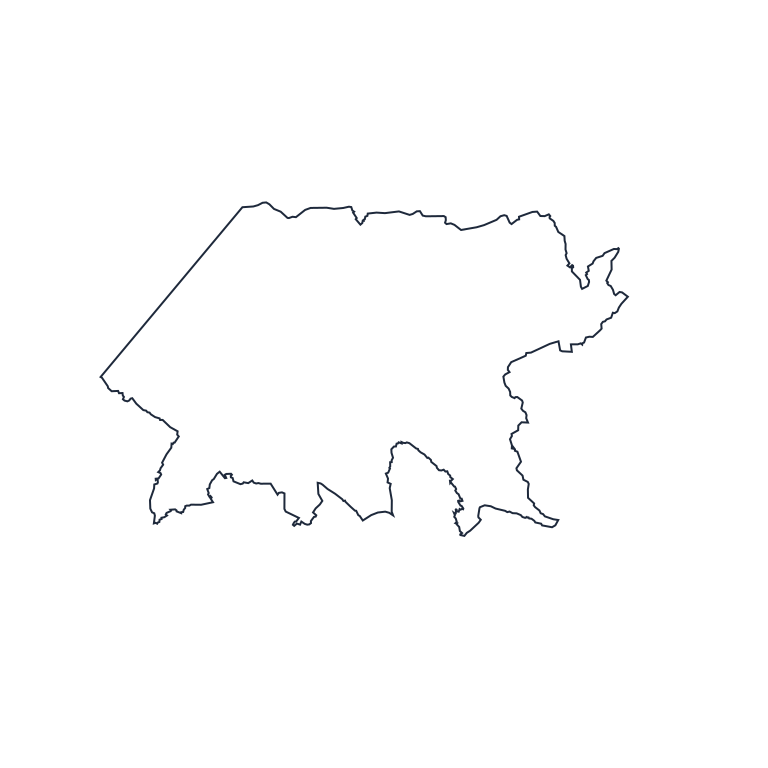 outline of Koinadugu, Northern, Sierra Leone, rotated 310°
{"feature_id": "65957751B98964407864499", "entity_name": "Koinadugu", "entity_type": "district", "adm_level": 2, "iso_a3": "SLE", "parent_name": "Sierra Leone", "parent_adm1": "Northern", "projection": "albers", "projection_center": [-11.318, 9.329], "detail": "fine", "context": "isolated", "style": "outline", "palette": "slate", "viewbox_px": 768, "rotation_deg": 310, "n_neighbors": 0, "source": "geoboundaries", "source_scale": "gbopen_adm2", "svg_char_len": 6154}
<svg xmlns="http://www.w3.org/2000/svg" viewBox="0 0 768 768"><g transform="rotate(310 384 384)"><path d="M635.8,478.5L638.6,477.0L638.7,476.2L637.1,475.8L635.2,473.3L626.0,468.8L622.7,469.1L617.0,465.5L612.7,465.6L610.4,466.4L605.1,464.7L602.3,468.1L599.3,467.3L598.7,468.9L597.1,468.6L595.3,472.6L595.4,474.0L594.0,475.5L590.1,477.1L584.2,474.6L585.1,472.3L589.8,467.2L591.0,455.6L593.5,453.4L595.0,453.9L596.1,452.8L596.0,451.7L592.9,451.5L592.6,448.4L595.6,448.5L597.3,443.4L599.5,440.3L601.6,439.8L603.7,436.6L608.0,433.1L609.8,430.4L613.3,427.1L612.5,419.8L615.0,414.8L615.0,413.1L617.1,411.2L617.8,408.9L617.4,404.5L618.3,403.5L619.5,403.4L619.9,401.2L615.9,399.2L613.2,395.8L614.5,390.5L611.2,387.1L598.9,379.9L597.0,381.7L595.3,380.4L588.5,378.9L588.4,376.5L591.6,369.9L590.6,367.6L587.4,365.4L582.1,364.7L570.0,358.5L563.6,354.2L551.5,344.0L551.2,335.7L550.0,331.9L546.7,329.1L546.8,327.1L549.2,326.1L551.4,324.0L551.1,321.9L539.4,308.3L537.9,305.4L539.5,300.4L537.3,298.1L532.7,296.7L530.0,294.9L525.8,284.5L515.5,274.9L510.5,268.1L504.1,262.0L502.1,263.2L500.2,262.1L497.8,263.4L496.7,262.8L496.0,263.6L495.3,262.8L493.4,263.9L490.9,263.5L492.1,256.4L493.6,256.4L495.4,250.2L496.8,250.4L496.6,248.2L498.5,245.2L497.3,243.2L492.6,239.6L486.0,233.1L482.2,226.8L471.7,214.6L466.7,211.7L455.2,209.3L453.3,206.4L450.0,204.5L449.2,203.3L449.6,194.1L447.4,187.2L448.0,180.7L447.4,177.1L444.8,174.5L440.0,172.5L436.0,169.8L428.4,161.9L207.2,162.4L207.5,163.9L204.7,173.9L203.6,175.2L203.4,180.0L207.8,184.8L206.6,186.9L209.0,189.5L207.3,191.3L206.9,193.1L204.5,193.8L204.5,195.9L205.8,198.6L207.6,199.4L209.9,199.3L211.3,200.3L209.7,206.9L209.3,216.4L210.7,218.9L210.3,220.9L211.4,222.8L210.9,224.8L211.5,229.9L213.4,234.2L212.5,235.6L214.2,237.5L213.5,248.0L215.1,256.3L212.3,258.1L211.9,260.5L204.5,261.3L203.8,260.5L202.3,260.8L201.8,259.6L198.5,262.0L190.3,262.6L181.1,264.6L180.2,266.7L175.8,267.0L173.8,267.9L171.4,267.7L172.1,270.1L171.4,271.5L166.8,272.0L164.7,270.0L163.8,270.9L165.2,271.3L165.0,272.3L163.3,274.0L162.1,274.4L159.4,272.6L156.2,275.0L144.6,279.4L138.3,285.1L136.6,288.8L137.3,291.1L135.9,293.1L129.3,297.3L130.8,298.2L131.2,300.0L132.3,299.7L133.9,300.6L135.8,299.3L137.6,300.4L138.5,299.5L140.7,301.3L143.8,302.3L143.8,300.7L145.5,300.3L149.5,302.3L150.4,302.2L150.5,301.3L153.7,304.6L153.8,306.3L153.1,307.0L154.7,311.7L155.5,311.1L156.9,312.4L159.0,311.4L161.2,311.4L162.6,310.3L164.0,311.0L165.8,313.1L167.5,313.7L173.9,321.5L183.5,329.0L184.7,325.2L186.3,324.9L186.6,323.1L185.3,323.1L186.3,320.2L187.8,319.8L189.9,316.1L192.0,317.1L195.1,315.1L199.8,314.2L201.8,314.7L207.8,313.8L211.2,314.5L209.6,322.7L210.6,323.5L212.1,320.4L213.7,321.0L216.9,324.5L216.7,325.8L215.1,325.7L214.1,326.7L214.7,328.5L212.7,331.3L215.0,338.4L216.9,339.8L218.5,339.7L220.8,343.7L225.4,345.1L224.7,347.6L225.6,350.0L227.4,351.5L228.4,353.7L234.8,361.2L230.8,373.6L233.0,373.4L235.4,375.5L236.2,378.1L224.3,388.0L223.1,390.7L226.7,404.9L222.3,405.1L221.2,404.1L219.1,404.3L217.6,404.7L217.6,406.4L221.1,407.0L222.3,410.1L225.5,409.1L225.9,413.2L226.9,415.6L228.4,417.0L230.5,417.5L232.0,416.1L237.2,415.8L238.5,416.9L239.9,416.5L240.0,412.2L244.8,411.6L250.4,412.3L254.8,411.9L257.6,404.4L265.7,396.7L267.1,399.4L267.4,401.7L267.3,408.2L268.5,417.1L268.9,426.1L268.3,428.1L269.6,429.1L269.0,430.2L268.5,437.4L268.3,443.2L269.0,444.2L267.0,448.6L267.3,450.3L265.8,455.5L275.4,458.5L281.6,461.9L287.0,467.0L288.7,470.8L289.2,475.4L291.1,472.0L300.0,464.7L307.9,455.3L311.8,453.3L310.9,450.0L314.1,447.9L316.6,443.0L318.8,444.2L323.1,442.9L323.2,442.0L324.9,441.7L328.0,439.0L329.1,440.1L330.5,438.9L333.3,438.3L336.1,434.0L338.7,431.6L342.5,431.8L343.8,433.3L346.4,432.0L347.5,432.9L348.7,432.7L349.8,435.7L350.8,434.7L351.3,436.6L352.5,438.4L353.9,439.0L355.0,441.5L355.3,450.2L356.1,451.7L355.3,452.9L355.2,456.0L356.0,460.3L355.2,464.7L356.1,465.3L356.0,468.7L354.7,470.3L354.9,477.0L353.8,478.4L353.3,481.5L354.6,483.5L356.7,484.8L356.4,487.3L357.8,488.6L356.3,491.1L356.4,493.5L355.3,494.6L355.4,497.8L353.1,497.6L352.3,496.7L350.7,498.4L351.6,498.4L350.6,503.6L351.0,504.4L349.9,506.8L348.2,507.1L347.3,509.9L347.5,512.0L345.3,516.2L346.1,517.2L344.9,519.2L343.2,517.9L343.0,516.5L342.2,515.9L341.4,516.6L340.0,520.8L340.5,521.7L339.6,524.8L338.9,525.1L338.5,524.0L337.0,523.5L336.8,522.3L334.2,523.3L333.2,521.5L334.4,520.4L334.1,519.0L333.8,520.1L330.9,522.2L330.3,522.0L330.2,520.5L329.1,522.6L327.4,523.2L327.1,525.4L325.2,528.3L323.5,528.2L324.3,529.6L323.3,529.7L322.8,533.5L320.1,536.7L320.0,539.6L317.8,539.1L317.4,539.6L319.3,543.2L323.2,543.1L327.0,544.3L338.6,545.7L342.2,545.4L342.5,542.1L343.5,541.0L350.2,537.0L351.3,536.7L355.8,539.1L359.0,544.4L360.3,549.5L364.7,558.3L365.1,560.8L367.0,562.2L367.7,565.5L370.2,568.8L371.5,573.1L371.1,575.5L372.2,578.2L373.9,578.8L373.7,579.6L374.7,580.5L374.3,581.6L375.6,583.6L375.8,587.1L375.2,588.9L378.0,594.2L377.3,596.0L382.3,604.8L385.9,606.1L391.8,604.9L389.2,600.6L386.0,592.3L386.6,589.5L385.7,587.1L387.0,584.4L386.8,578.9L387.3,576.7L389.0,575.8L389.4,567.5L395.7,562.0L400.5,559.1L401.4,557.1L400.3,552.3L402.9,549.0L403.3,541.3L404.6,539.6L412.5,538.9L417.9,529.7L417.0,527.2L418.1,526.4L418.8,523.3L417.5,524.6L416.8,523.3L419.2,521.5L422.7,516.0L426.4,515.4L427.7,513.8L434.8,516.5L438.5,513.6L443.1,514.0L447.0,519.1L449.2,514.9L451.8,513.2L453.2,510.5L452.8,507.7L453.4,505.0L459.0,502.2L460.1,500.4L459.7,494.5L458.4,493.1L457.1,493.1L456.2,490.1L456.4,488.1L459.0,485.7L460.6,482.4L460.8,478.4L462.5,475.3L466.4,470.7L469.2,470.7L473.8,472.5L474.4,469.8L476.6,468.1L482.5,467.4L496.8,474.4L499.2,473.1L502.5,476.4L521.3,485.2L528.9,490.2L523.0,497.3L523.6,499.5L529.4,507.2L534.5,501.7L539.0,507.0L541.5,508.5L541.6,510.5L542.7,509.8L544.4,510.6L549.4,508.8L552.2,510.9L554.3,513.7L564.1,515.0L566.3,515.1L569.5,511.9L572.3,511.7L574.1,513.0L576.5,513.0L580.8,515.4L585.7,513.5L586.6,515.2L589.6,516.1L593.5,514.8L598.1,514.3L607.6,514.7L607.2,507.5L605.9,505.3L600.9,504.4L600.9,502.4L603.3,498.9L604.8,494.7L604.1,492.3L604.8,490.1L605.9,490.1L606.1,487.9L618.0,484.8L624.5,479.1L628.9,479.5L635.8,478.5Z" fill="none" stroke="#1e293b" stroke-width="2"/></g></svg>